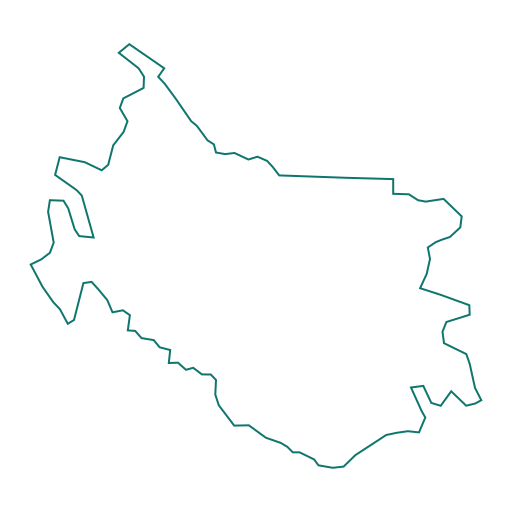 São João da Urtiga, Rio Grande do Sul, Brazil (Natural Earth projection)
{"feature_id": "56859067B38946215789436", "entity_name": "São João da Urtiga", "entity_type": "district", "adm_level": 2, "iso_a3": "BRA", "parent_name": "Brazil", "parent_adm1": "Rio Grande do Sul", "projection": "natural_earth1", "projection_center": [-51.841, -27.789], "detail": "fine", "context": "isolated", "style": "outline", "palette": "teal", "viewbox_px": 512, "rotation_deg": 0, "n_neighbors": 0, "source": "geoboundaries", "source_scale": "gbopen_adm2", "svg_char_len": 1581}
<svg xmlns="http://www.w3.org/2000/svg" viewBox="0 0 512 512"><path d="M449.9,237.0L460.3,227.4L461.7,216.4L443.6,198.9L425.7,201.6L418.0,200.2L408.9,194.3L393.2,193.8L393.2,179.1L346.3,177.8L279.2,175.4L272.6,166.8L267.1,160.9L257.5,156.7L248.4,159.5L234.5,153.0L225.1,154.1L216.0,152.5L213.9,144.4L207.5,140.3L196.8,125.8L191.2,121.2L175.8,98.8L164.6,83.6L158.2,76.8L164.2,68.3L129.3,44.2L118.8,52.8L138.7,68.4L144.0,76.7L143.6,87.9L123.3,98.4L119.8,108.0L127.5,121.2L123.6,131.9L113.2,145.4L108.2,164.8L101.7,170.3L84.8,162.2L59.7,157.2L55.1,174.9L76.7,190.2L81.8,195.6L93.6,237.5L79.2,236.1L74.7,229.4L68.2,208.3L63.5,200.7L49.9,200.2L48.1,211.8L53.7,242.6L49.9,252.8L41.2,259.4L30.7,264.5L42.6,286.9L53.3,302.2L60.0,309.3L67.8,323.8L74.0,320.0L83.4,283.1L91.6,281.9L98.4,289.4L107.3,300.1L112.5,312.3L122.9,310.3L129.9,315.2L127.8,330.4L135.2,330.9L141.5,338.1L153.7,340.1L159.7,347.3L170.2,350.0L168.8,363.0L178.0,362.7L186.0,369.8L193.2,367.8L201.9,374.4L210.8,374.5L216.0,380.0L215.3,394.6L218.8,405.3L234.2,425.6L248.8,425.3L266.0,437.8L280.7,442.9L287.3,446.8L292.8,452.3L299.5,452.3L314.2,459.5L318.4,465.3L332.7,467.8L343.6,466.6L355.4,455.1L363.7,449.7L386.2,435.0L396.7,432.8L407.9,431.2L419.0,432.4L425.3,417.5L421.5,410.8L411.0,387.5L423.3,385.9L431.3,402.9L440.7,405.8L451.2,391.3L466.2,405.7L475.3,403.5L481.3,400.2L475.0,387.9L469.7,363.8L466.3,354.1L444.0,343.2L442.5,331.7L446.4,322.0L469.7,314.7L469.3,305.2L440.0,294.6L420.1,288.2L426.7,273.9L430.0,259.0L427.8,247.5L435.8,242.1L442.1,239.6L449.9,237.0Z" fill="none" stroke="#0f766e" stroke-width="2"/></svg>